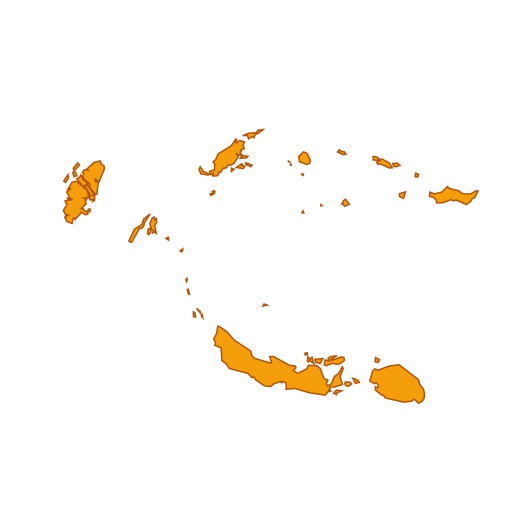 SVG path tracing the border of Maluku, rotated 192°
{"feature_id": "IDN-554", "entity_name": "Maluku", "entity_type": "Province", "adm_level": 1, "iso_a3": "IDN", "parent_name": "Indonesia", "parent_adm1": "", "projection": "mercator", "projection_center": [130.68, -5.566], "detail": "fine", "context": "isolated", "style": "filled", "palette": "amber", "viewbox_px": 512, "rotation_deg": 192, "n_neighbors": 0, "source": "natural_earth", "source_scale": "10m", "svg_char_len": 6185}
<svg xmlns="http://www.w3.org/2000/svg" viewBox="0 0 512 512"><g transform="rotate(192 256 256)"><path d="M280.2,166.4L278.4,171.8L278.8,179.4L277.8,179.6L268.8,175.9L259.9,169.2L241.3,161.9L239.5,157.8L236.3,155.6L219.3,154.2L218.9,155.7L221.7,160.4L218.2,161.4L200.3,156.0L194.7,156.6L193.7,155.0L195.7,152.0L191.0,149.8L182.7,156.3L182.1,160.0L173.4,161.4L169.6,159.1L164.0,150.2L159.8,149.4L160.7,145.7L159.2,143.7L155.8,146.6L154.2,154.6L151.0,157.9L148.5,165.5L147.3,164.1L148.7,155.2L144.7,148.4L152.2,144.0L156.4,143.7L155.8,141.7L157.1,140.0L154.9,139.4L157.2,138.2L159.6,134.3L174.9,133.3L190.5,134.5L198.9,131.9L199.4,136.0L201.2,138.4L204.4,138.8L204.5,137.4L206.3,138.1L212.5,134.3L214.4,131.4L220.7,130.8L230.7,134.8L232.7,137.0L235.0,136.4L239.6,139.5L258.6,140.4L263.1,144.6L267.5,146.5L271.0,158.8L277.7,160.1L277.4,162.4L280.2,166.4ZM118.7,157.3L118.0,167.8L116.3,170.2L112.5,169.9L102.9,176.0L93.5,179.4L71.5,168.9L69.0,164.2L64.7,160.7L62.7,156.9L62.0,151.8L63.2,148.4L66.4,145.7L71.4,148.8L73.9,146.2L81.2,143.8L99.9,144.0L102.3,146.3L103.5,145.8L111.3,149.7L112.1,152.9L109.6,152.3L109.5,155.2L112.2,157.2L113.7,155.7L118.7,157.3ZM453.9,282.3L451.4,289.7L447.2,291.8L434.9,285.2L432.4,280.6L433.1,277.7L436.4,276.8L433.5,276.0L434.3,273.7L432.9,271.8L436.9,266.0L434.8,266.4L434.2,265.0L431.1,264.5L429.0,262.3L431.5,260.8L435.7,262.4L440.4,254.3L441.1,255.4L442.6,254.9L442.7,249.6L448.1,250.3L451.1,254.3L449.9,254.9L450.5,256.1L448.4,256.8L451.8,257.7L453.9,260.5L451.4,267.8L453.2,268.4L454.2,270.3L451.1,271.5L452.9,273.9L449.3,272.2L446.9,273.1L449.4,273.2L454.5,279.3L450.9,283.7L453.9,282.3ZM319.1,329.1L314.6,331.7L315.4,337.5L317.6,339.1L315.4,342.2L314.2,348.2L303.3,358.4L300.1,366.1L298.9,365.8L299.8,363.2L298.6,362.4L296.2,365.5L291.1,365.3L291.6,362.1L289.9,358.5L293.1,356.3L292.2,355.5L292.8,353.6L291.0,352.1L292.1,351.1L297.1,352.1L294.0,349.5L296.7,342.2L300.0,339.3L301.8,339.8L303.6,335.7L306.2,335.3L308.0,330.6L310.3,330.1L309.5,327.9L311.3,326.1L315.1,325.3L315.2,328.0L317.4,326.1L319.1,329.1ZM98.7,350.4L99.2,354.6L94.3,353.9L87.4,357.2L83.2,363.8L81.2,362.3L70.9,361.9L68.5,360.3L64.8,360.1L59.0,361.3L54.0,365.7L52.3,365.7L54.1,358.6L56.6,356.9L57.2,354.2L61.0,350.0L71.5,352.4L74.1,351.1L77.1,351.6L84.0,347.1L90.4,345.5L91.3,348.0L94.6,350.3L98.7,350.4ZM441.7,301.1L443.3,301.6L442.3,303.9L441.1,305.0L438.0,304.8L439.5,305.9L433.9,313.9L428.3,316.6L426.5,313.9L423.3,312.4L422.4,309.6L425.0,295.9L429.4,298.0L428.5,295.3L426.1,295.5L425.4,294.1L424.6,283.3L426.1,283.2L433.2,288.6L432.9,290.6L434.7,292.7L440.4,295.3L441.9,298.2L441.7,301.1ZM166.6,163.6L166.8,168.8L163.1,168.2L164.2,170.9L162.4,173.0L156.1,175.3L161.7,169.8L160.9,169.3L151.2,175.2L148.8,174.9L147.9,172.2L151.1,168.5L153.9,166.9L158.9,166.9L164.6,163.3L166.6,163.6ZM233.1,357.2L234.9,362.3L231.2,367.8L227.5,367.0L222.7,360.9L222.8,357.9L224.8,356.1L233.1,357.2ZM383.5,244.2L380.4,257.1L374.2,263.0L373.4,269.0L368.3,275.1L372.1,265.2L372.1,261.7L373.7,259.1L375.5,259.4L380.2,244.3L381.5,243.2L383.5,244.2ZM366.5,265.7L365.3,271.8L363.7,273.0L362.6,270.6L361.5,272.0L360.2,268.3L361.4,264.4L358.3,257.4L360.2,258.3L361.8,257.1L361.5,259.5L363.7,260.0L366.5,265.7ZM435.9,286.7L438.9,287.9L435.1,290.2L429.1,284.0L427.3,284.1L428.3,281.3L426.3,282.3L425.6,276.8L426.9,275.5L426.9,277.4L429.7,276.3L430.8,278.5L432.1,278.0L430.5,281.1L435.9,286.7ZM155.8,371.2L157.5,372.6L152.9,377.1L144.8,374.6L141.1,370.6L144.3,369.8L152.6,371.8L155.8,371.2ZM447.2,294.2L444.8,296.5L444.2,299.0L440.7,294.3L439.1,294.4L435.5,291.4L439.9,288.1L447.2,294.2ZM289.4,372.0L294.0,371.0L288.6,374.6L281.1,376.7L280.5,379.3L275.3,381.2L279.4,376.1L282.0,375.0L282.6,371.3L284.7,371.9L287.6,369.1L289.4,372.0ZM329.8,328.7L329.1,331.7L325.1,327.6L318.6,326.6L319.7,325.2L327.0,324.9L329.8,328.7ZM181.7,326.4L182.2,328.0L180.3,330.1L175.4,326.1L179.5,323.1L183.1,325.2L181.7,326.4ZM175.4,164.6L177.0,167.2L169.4,169.5L170.9,164.1L175.4,164.6ZM128.1,344.0L128.6,346.8L123.1,349.8L123.7,343.0L128.1,344.0ZM184.0,164.2L184.3,168.2L181.7,166.2L180.2,168.6L176.9,162.8L181.9,164.9L182.8,163.2L184.0,164.2ZM197.8,374.6L196.8,377.2L194.2,376.0L191.5,376.4L189.1,374.3L191.6,373.3L197.8,374.6ZM293.7,338.4L289.5,342.9L288.5,343.1L289.1,341.8L285.4,341.5L286.7,338.9L293.7,338.4ZM451.6,301.7L453.0,303.6L449.9,310.0L447.8,308.8L448.1,307.1L451.6,301.7ZM141.6,148.0L142.7,150.2L141.9,151.6L137.4,152.0L135.8,150.7L138.7,147.7L141.6,148.0ZM161.3,374.3L162.1,377.6L159.9,378.2L155.5,376.8L156.4,374.9L161.3,374.3ZM117.6,177.5L117.9,181.5L113.6,180.3L114.5,177.2L117.6,177.5ZM457.6,288.2L459.7,289.4L456.9,296.5L455.5,293.3L457.6,288.2ZM148.5,137.0L151.5,138.0L149.4,141.5L144.1,142.0L148.5,138.7L148.5,137.0ZM132.3,152.1L135.9,156.6L130.3,155.5L128.6,153.8L132.3,152.1ZM140.3,372.5L141.5,374.9L137.0,376.2L134.1,374.6L137.6,372.3L140.3,372.5ZM450.6,295.8L452.6,299.8L450.2,300.6L447.9,297.1L450.6,295.8ZM285.9,349.9L291.8,348.3L290.0,351.4L284.6,351.8L285.9,349.9ZM366.9,255.3L366.9,260.5L364.7,260.8L363.8,257.5L365.7,254.0L365.7,255.5L366.9,255.3ZM116.8,366.5L117.1,370.2L113.9,369.7L114.2,366.9L116.8,366.5ZM285.2,343.6L285.3,345.1L278.8,344.1L279.6,342.2L285.2,343.6ZM304.5,183.6L305.7,188.4L303.8,187.6L302.4,183.8L304.5,183.6ZM312.6,305.8L313.8,307.2L311.3,308.2L312.3,309.8L310.5,311.3L309.5,310.4L309.9,308.4L312.6,305.8ZM429.5,264.4L429.9,266.9L428.1,267.5L427.6,264.8L429.5,264.4ZM187.4,169.5L188.0,171.0L185.8,172.0L185.2,170.2L187.4,169.5ZM298.5,188.6L303.4,192.4L299.2,190.4L298.5,188.6ZM313.0,204.8L314.2,204.8L316.3,209.0L315.4,209.4L313.0,204.8ZM297.7,333.6L298.3,336.9L295.5,336.3L297.7,333.6ZM330.0,244.6L331.3,245.2L329.1,247.8L328.9,245.7L330.0,244.6ZM344.8,253.4L347.6,254.3L347.2,255.2L345.5,256.0L344.8,253.4ZM234.9,210.3L238.9,208.5L238.2,210.7L234.9,210.3ZM219.4,309.9L218.2,308.0L220.1,307.8L219.4,309.9ZM295.2,184.5L297.1,185.9L296.6,187.6L295.2,184.5ZM318.7,216.5L319.6,218.5L318.8,219.8L318.3,218.3L318.7,216.5ZM227.5,346.3L225.9,344.3L228.4,345.4L227.5,346.3ZM241.2,352.1L241.1,353.9L240.4,352.0L241.2,352.1ZM203.2,319.8L201.7,319.0L203.0,318.5L203.2,319.8ZM242.6,354.6L244.8,355.7L242.3,355.0L242.6,354.6Z" fill="#f59e0b" stroke="#b45309" stroke-width="1.5"/></g></svg>